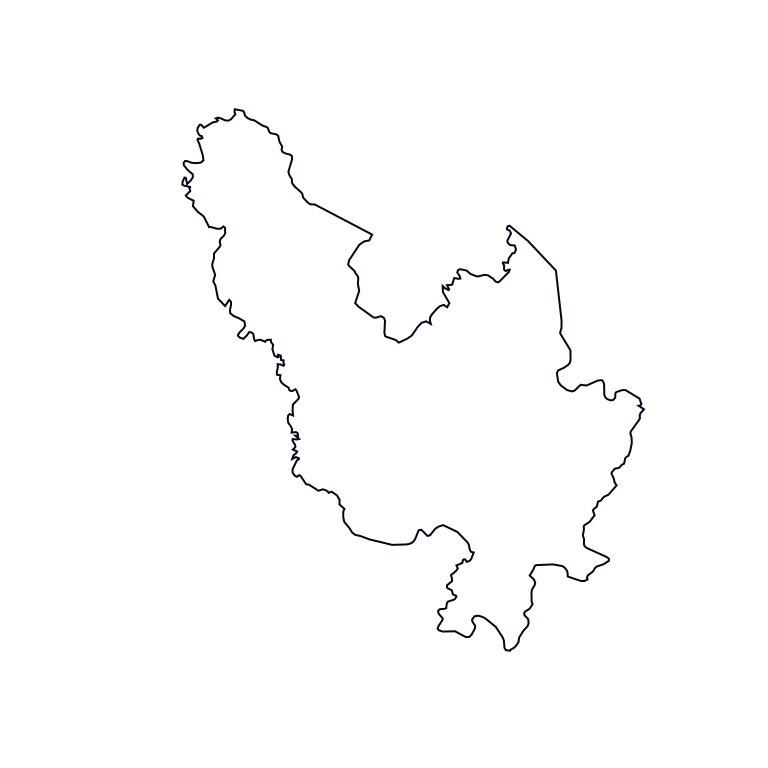 SVG path tracing the border of Savanes, rotated 206°
{"feature_id": "CIV-3431", "entity_name": "Savanes", "entity_type": "Department", "adm_level": 1, "iso_a3": "CIV", "parent_name": "Ivory Coast", "parent_adm1": "", "projection": "albers", "projection_center": [-5.464, 9.628], "detail": "fine", "context": "isolated", "style": "outline", "palette": "ink", "viewbox_px": 768, "rotation_deg": 206, "n_neighbors": 0, "source": "natural_earth", "source_scale": "10m", "svg_char_len": 6166}
<svg xmlns="http://www.w3.org/2000/svg" viewBox="0 0 768 768"><g transform="rotate(206 384 384)"><path d="M351.4,239.1L359.3,242.7L362.4,246.7L364.6,251.3L364.8,254.4L371.2,256.2L373.1,260.4L377.4,263.3L383.9,264.2L386.1,261.9L387.8,262.9L390.7,262.9L392.8,262.5L396.1,259.3L407.2,260.6L410.1,259.8L418.8,264.9L420.3,264.8L421.6,262.4L424.5,262.6L427.4,264.5L428.8,267.2L428.8,277.1L427.6,279.1L427.8,279.9L431.2,279.7L433.6,276.4L434.1,280.1L432.6,283.3L432.5,285.3L437.2,285.1L436.0,288.3L437.1,290.2L441.6,293.1L441.9,294.5L437.8,296.0L436.2,297.5L441.0,298.7L438.6,299.8L440.0,301.9L442.0,302.2L445.8,299.8L446.7,303.0L448.6,304.7L453.1,307.2L455.0,310.0L456.3,313.3L455.6,315.7L451.9,315.8L454.6,320.2L456.9,325.6L454.4,332.9L454.6,335.0L459.8,339.8L461.3,340.4L463.3,337.6L464.6,336.8L466.6,337.1L468.0,338.8L473.7,339.5L477.2,340.6L479.7,342.8L480.9,346.5L484.3,345.4L485.7,348.1L486.6,352.2L488.3,355.2L485.4,356.2L482.2,356.3L482.2,357.7L483.8,359.1L484.6,361.2L487.0,360.5L489.3,364.3L492.0,363.8L490.7,362.0L491.3,361.4L494.9,361.5L499.5,366.2L500.8,370.6L504.1,372.3L505.1,374.2L508.0,372.6L509.7,370.3L509.5,369.9L514.3,369.6L516.4,368.5L518.7,366.1L520.7,367.7L523.3,371.6L525.3,372.3L527.9,371.6L528.6,367.3L530.2,362.9L533.9,362.5L536.4,363.4L536.8,364.2L536.4,367.3L534.7,372.0L534.3,375.3L536.8,379.0L542.6,379.5L548.9,379.2L553.2,380.2L554.8,382.8L556.4,388.7L557.5,390.7L560.0,391.8L561.0,384.4L570.7,388.0L578.7,398.6L582.5,401.5L583.6,408.1L589.6,414.1L591.0,416.6L591.9,422.5L594.0,426.7L591.6,436.0L592.1,437.6L594.0,439.7L594.5,442.7L593.1,446.6L592.7,449.5L595.2,454.5L597.3,455.3L598.9,452.0L602.2,450.3L608.9,449.1L609.9,448.3L619.5,455.6L626.8,457.1L633.7,460.1L635.4,465.3L642.0,465.3L644.8,466.5L642.7,472.5L645.2,475.2L643.9,476.3L650.4,474.7L652.5,474.7L653.7,477.5L653.8,482.1L652.4,482.4L648.7,477.5L647.0,481.7L646.4,485.7L647.7,488.6L654.1,490.2L659.7,492.8L661.0,494.8L660.6,497.2L658.7,498.0L653.8,498.5L649.4,500.3L645.7,502.7L644.3,505.8L647.1,510.1L655.3,518.9L658.7,521.7L658.7,523.1L656.5,523.7L655.1,525.5L656.0,525.9L656.2,526.8L658.4,526.6L660.9,527.8L662.9,529.9L663.7,532.3L663.3,536.2L662.2,536.9L658.2,535.4L652.7,543.9L649.3,546.6L648.8,548.2L651.6,549.0L650.1,550.5L647.7,551.2L642.4,551.3L639.4,552.4L637.6,554.8L635.8,561.3L637.6,562.8L638.5,565.5L630.5,567.7L629.5,567.4L626.4,564.2L622.9,563.2L619.3,563.3L616.2,564.1L606.5,563.0L601.9,563.5L600.7,563.2L597.9,560.5L596.0,559.7L590.1,561.2L587.9,560.7L584.2,555.9L579.6,552.8L578.7,549.6L577.4,548.3L574.3,547.9L568.8,549.0L566.7,548.5L565.1,545.5L563.0,532.9L560.6,530.2L556.8,527.9L554.5,524.1L550.4,522.2L542.0,519.8L540.5,518.8L538.4,516.1L531.9,513.6L529.1,513.2L524.9,515.0L460.2,513.1L460.2,506.5L464.2,503.6L467.2,498.4L469.6,480.2L468.7,475.9L467.4,474.9L459.9,472.6L458.0,470.9L455.4,469.8L453.5,467.9L451.4,462.6L447.1,456.8L445.4,444.1L440.7,442.3L422.5,439.2L420.3,440.1L416.4,443.7L413.1,443.4L410.9,441.5L406.1,430.2L404.0,427.6L403.0,427.4L392.7,428.7L388.8,427.7L382.9,435.0L380.3,439.7L378.7,450.2L377.0,455.5L373.6,458.8L368.2,458.5L370.6,461.2L371.7,463.9L371.6,466.9L369.5,474.8L367.6,478.8L364.9,481.3L360.9,480.7L360.7,485.4L371.3,492.4L374.2,497.8L370.9,496.8L367.1,496.7L367.1,497.8L370.7,500.4L366.3,503.1L367.3,510.0L362.7,511.4L361.6,512.3L363.4,514.3L367.1,516.4L367.4,518.7L366.1,520.5L359.4,522.2L354.4,520.8L348.1,521.4L346.4,522.0L341.8,526.0L338.3,527.3L332.1,526.5L328.7,525.0L326.2,525.3L325.2,526.6L320.9,539.3L321.1,541.8L322.5,541.0L323.9,539.0L325.6,539.1L326.8,540.4L327.9,543.1L330.1,544.5L330.2,545.6L325.7,547.2L326.9,551.6L325.9,557.7L324.1,559.0L324.4,562.9L327.3,565.8L331.3,564.2L334.1,564.9L335.5,566.1L336.0,567.0L335.8,575.0L338.2,577.0L340.9,576.8L341.6,577.4L342.0,579.9L340.5,581.3L317.1,575.6L279.2,561.3L252.2,518.8L249.1,512.3L248.2,507.4L247.5,506.5L231.2,496.0L226.8,487.3L226.3,484.4L226.7,482.3L229.4,477.4L233.4,472.6L233.4,469.5L228.5,462.5L224.7,460.3L216.8,458.8L211.9,459.7L209.7,461.8L206.9,469.5L201.3,471.4L193.5,480.7L189.9,483.0L188.2,482.3L186.2,480.5L181.2,470.8L179.4,469.1L176.9,468.3L173.1,468.6L170.9,470.2L170.2,473.0L172.0,477.2L171.7,478.5L167.5,482.8L164.1,484.4L148.0,482.9L144.0,479.0L144.2,477.2L145.6,476.1L139.2,475.2L140.7,470.2L140.3,467.7L138.9,465.2L139.1,462.8L141.4,449.6L141.0,447.8L138.1,444.5L135.5,439.8L133.5,432.4L132.8,426.8L134.3,424.4L134.6,422.9L133.3,417.6L134.8,415.7L135.9,411.7L139.0,409.4L139.7,408.3L140.5,404.4L140.3,403.2L136.3,400.0L133.7,396.8L130.5,394.8L133.7,383.0L136.9,378.9L138.1,374.1L140.1,372.1L138.9,366.9L140.5,364.1L140.8,361.9L137.2,358.4L138.7,350.4L142.0,344.8L142.1,343.7L140.4,340.6L138.9,335.0L136.2,332.3L134.1,327.8L132.8,326.2L129.8,325.5L107.4,326.1L105.2,325.5L104.3,323.8L107.6,318.3L112.8,313.2L113.7,310.7L114.0,307.0L116.9,301.4L116.8,299.1L115.4,297.5L117.5,294.8L120.7,293.3L134.4,291.5L136.3,294.9L138.3,296.8L141.7,298.3L144.1,298.5L153.1,295.9L167.5,288.1L168.7,286.9L168.4,282.9L169.1,275.7L163.5,274.0L161.0,271.7L160.4,269.3L160.9,264.5L160.2,261.6L156.0,253.3L153.9,251.2L154.7,245.5L157.5,241.2L157.5,239.2L156.5,237.9L151.3,235.8L149.1,232.3L148.8,229.2L150.5,223.5L151.4,215.3L150.0,211.1L150.4,207.8L151.2,204.4L154.1,200.0L153.9,199.5L157.8,198.2L160.1,199.7L163.7,205.9L166.3,208.3L177.1,214.7L189.5,217.6L193.2,217.9L197.6,217.1L200.9,214.9L201.5,210.7L200.2,209.0L196.0,206.6L195.1,204.2L195.4,197.1L196.6,193.9L199.7,192.4L211.7,192.9L222.6,187.3L226.8,186.7L228.6,187.7L228.9,190.2L228.0,197.6L228.5,199.1L233.7,201.3L235.3,202.7L235.9,204.1L235.0,206.2L231.3,208.2L229.8,209.8L231.4,214.4L231.1,216.5L226.7,220.7L225.9,222.1L225.8,224.8L226.7,225.3L229.8,225.1L232.7,228.3L237.3,228.3L238.3,229.0L239.1,230.7L236.5,236.6L237.2,238.3L240.0,241.7L237.4,247.3L236.8,250.6L239.4,252.7L235.1,257.5L235.9,260.4L235.5,261.3L234.0,261.9L231.6,260.4L229.4,262.8L228.9,265.2L229.5,271.9L232.2,271.3L234.1,272.6L237.5,276.9L239.9,278.4L253.2,283.2L269.0,283.1L272.4,279.8L274.5,276.4L276.3,268.1L278.4,266.5L286.6,269.4L288.7,267.8L288.0,258.0L288.7,254.7L290.7,251.7L293.4,249.7L306.1,243.0L328.8,238.0L338.7,237.0L343.6,235.8L347.5,236.5L351.4,239.1Z" fill="none" stroke="#020617" stroke-width="2"/></g></svg>